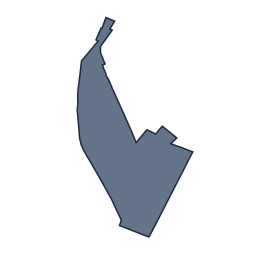 the district of Allende, Coahuila, Mexico, rotated 293°
{"feature_id": "50627088B35407667926695", "entity_name": "Allende", "entity_type": "district", "adm_level": 2, "iso_a3": "MEX", "parent_name": "Mexico", "parent_adm1": "Coahuila", "projection": "robinson", "projection_center": [-100.857, 28.286], "detail": "fine", "context": "isolated", "style": "filled", "palette": "slate", "viewbox_px": 256, "rotation_deg": 293, "n_neighbors": 0, "source": "geoboundaries", "source_scale": "gbopen_adm2", "svg_char_len": 1750}
<svg xmlns="http://www.w3.org/2000/svg" viewBox="0 0 256 256"><g transform="rotate(293 128 128)"><path d="M221.1,64.6L211.4,65.0L209.5,65.1L209.5,64.2L201.2,64.1L196.6,64.1L196.3,66.5L191.9,65.2L186.2,63.5L185.6,63.3L179.9,61.6L179.1,61.3L178.8,61.2L176.0,60.4L173.2,59.5L171.6,59.0L164.7,61.0L164.2,61.2L158.1,63.0L151.8,64.8L148.3,65.8L147.2,66.0L140.1,68.3L139.5,68.5L135.4,70.2L133.4,71.1L130.7,72.3L125.3,74.0L124.2,74.5L123.2,75.1L122.3,75.5L121.6,75.9L120.7,76.4L119.7,76.9L105.0,84.7L99.7,87.4L94.0,91.7L89.6,96.5L83.8,104.3L81.8,107.1L69.8,122.9L66.1,127.7L56.0,140.6L48.0,149.5L44.2,153.8L40.5,157.9L34.9,158.3L35.4,175.8L35.6,184.6L35.9,189.9L56.0,191.5L61.8,191.9L65.5,192.2L78.5,193.1L85.3,193.6L90.7,194.0L96.1,194.4L100.5,194.7L108.5,195.3L110.5,195.5L115.8,195.8L116.6,195.9L118.7,196.0L124.2,196.4L130.9,196.9L131.3,197.0L130.9,186.4L131.0,184.8L130.6,180.5L130.2,173.5L137.9,176.8L138.7,174.1L143.1,158.9L139.4,157.7L133.3,155.8L133.4,153.4L133.8,146.1L126.3,143.8L124.6,143.3L123.6,143.0L123.0,142.8L122.6,142.7L122.1,142.5L121.3,142.3L120.6,142.1L118.4,141.4L117.8,141.2L119.2,139.7L129.0,129.8L129.6,128.9L140.1,117.9L148.6,108.5L148.9,108.3L150.0,107.1L150.9,106.1L152.1,104.8L152.9,104.0L153.2,103.6L154.6,102.1L157.8,98.6L159.2,97.0L159.4,97.1L159.7,96.8L161.3,95.0L161.5,94.8L162.9,93.4L165.8,90.2L167.8,87.0L169.1,86.7L170.5,85.2L172.4,83.2L172.9,82.6L173.3,82.2L173.8,81.8L175.0,80.9L175.6,80.4L176.3,79.8L177.9,81.9L178.7,81.2L179.3,80.5L180.1,79.7L180.2,79.4L180.4,79.3L180.5,79.2L181.0,78.6L182.6,77.4L183.9,75.9L184.9,75.0L185.2,74.6L186.7,73.2L191.1,71.3L191.5,71.2L192.5,70.8L192.8,70.9L196.0,71.6L201.5,72.9L212.0,75.2L211.8,72.6L221.1,74.0L221.1,64.6Z" fill="#64748b" stroke="#1e293b" stroke-width="1.5"/></g></svg>